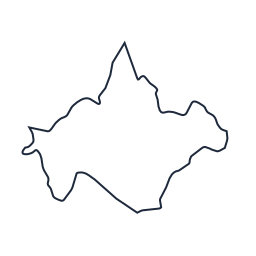 map outline of Sidi Bou Zid (Robinson projection), rotated 100°
{"feature_id": "TUN-113", "entity_name": "Sidi Bou Zid", "entity_type": "Governorate", "adm_level": 1, "iso_a3": "TUN", "parent_name": "Tunisia", "parent_adm1": "", "projection": "robinson", "projection_center": [9.5, 34.865], "detail": "fine", "context": "isolated", "style": "outline", "palette": "slate", "viewbox_px": 256, "rotation_deg": 100, "n_neighbors": 0, "source": "natural_earth", "source_scale": "10m", "svg_char_len": 2893}
<svg xmlns="http://www.w3.org/2000/svg" viewBox="0 0 256 256"><g transform="rotate(100 128 128)"><path d="M123.4,28.3L130.8,29.2L134.4,33.7L135.4,35.7L135.4,36.3L135.4,36.8L134.7,41.8L134.1,43.6L133.3,48.4L133.3,49.0L133.4,49.4L133.6,49.9L134.0,50.6L134.6,51.4L144.5,60.5L145.4,61.0L147.7,61.5L149.2,61.6L150.4,61.5L151.0,61.4L151.8,61.5L152.6,61.8L160.8,70.2L161.2,70.7L162.3,73.0L162.6,73.6L163.1,74.2L164.3,75.4L165.4,76.2L166.6,76.9L170.3,78.3L180.1,80.2L191.9,83.9L192.5,84.0L193.2,84.0L193.8,83.9L200.3,81.6L201.1,82.1L201.9,83.3L206.6,99.5L207.3,100.8L209.8,104.2L199.6,127.2L184.4,152.0L181.4,158.3L180.5,160.7L180.1,162.0L179.8,164.2L179.8,165.8L180.5,169.1L180.8,169.6L181.0,170.1L181.4,170.5L181.8,170.7L196.2,172.4L199.0,173.2L209.8,178.6L210.3,179.0L211.0,179.9L211.1,180.5L211.2,181.2L210.7,184.0L210.0,186.7L209.6,187.7L209.3,188.5L208.8,189.0L208.4,189.6L207.8,190.0L201.5,193.3L200.3,194.3L198.3,196.6L197.7,197.0L197.0,197.3L196.4,197.4L193.4,197.3L192.2,197.5L191.6,197.6L190.5,198.1L189.7,198.7L184.7,203.0L183.5,203.9L180.9,205.3L172.9,208.0L169.2,210.0L167.6,211.5L166.3,213.0L165.8,213.9L165.7,214.6L165.9,215.2L166.4,215.7L168.6,217.6L169.5,218.8L170.2,220.1L171.2,222.3L171.4,223.1L171.6,224.2L171.7,225.8L171.5,226.8L171.0,227.4L170.5,227.6L169.9,227.7L169.4,227.7L168.9,227.6L167.8,227.2L165.2,225.9L164.7,224.5L164.1,223.3L163.7,222.7L163.2,222.2L161.9,221.1L159.3,219.4L158.0,218.9L157.0,218.9L155.6,219.1L150.3,220.9L148.6,222.0L144.6,225.3L145.2,206.5L145.0,205.9L144.8,205.3L143.9,204.4L142.4,203.4L136.1,200.4L135.2,199.8L131.8,197.2L130.7,196.1L129.9,195.2L128.0,192.1L126.8,190.8L125.8,190.1L117.4,187.1L116.4,186.5L115.2,185.7L111.6,182.7L108.9,179.7L107.4,177.7L106.9,176.8L106.1,174.7L105.8,173.4L105.8,172.6L105.8,171.9L105.9,171.3L106.1,170.1L109.3,162.1L109.4,161.4L109.4,160.8L109.0,160.3L108.4,160.0L107.1,160.2L106.2,160.6L104.4,161.5L103.2,161.9L102.7,162.0L101.8,161.8L100.8,161.5L92.7,157.2L79.0,154.6L66.3,154.5L44.8,146.1L77.3,127.6L78.5,126.6L78.3,126.0L77.9,125.6L76.0,124.5L75.5,124.1L75.0,123.5L74.6,122.9L74.3,122.3L74.2,121.6L74.5,120.7L75.4,119.4L79.7,114.6L80.5,113.3L81.6,111.0L81.8,110.5L82.8,108.6L84.1,106.8L84.9,106.1L85.6,105.8L87.9,106.4L88.9,106.6L89.4,106.5L89.7,106.5L94.8,103.8L101.5,101.7L105.0,99.8L105.9,98.9L106.5,98.2L106.7,97.7L106.8,97.1L106.8,96.6L106.8,96.1L106.7,95.8L106.6,95.3L105.5,92.8L104.9,91.2L104.7,89.6L104.5,86.8L104.6,84.9L105.7,78.2L105.8,76.5L105.7,75.8L105.4,75.2L105.1,74.5L104.6,74.0L104.1,73.5L102.6,72.8L92.7,69.7L92.2,69.5L91.1,68.7L90.7,68.3L90.6,68.0L90.4,67.4L90.3,66.9L90.3,66.3L90.3,65.7L90.4,65.1L91.0,62.7L93.1,57.7L93.9,56.5L94.5,55.7L95.9,54.9L97.9,53.2L98.6,52.3L99.0,51.6L100.5,47.2L101.0,46.2L101.6,45.4L102.7,44.2L104.0,43.2L108.6,40.6L110.4,38.9L111.9,37.3L112.6,36.3L113.1,35.3L113.6,33.0L114.0,30.3L120.9,28.3L123.4,28.3Z" fill="none" stroke="#1e293b" stroke-width="2"/></g></svg>